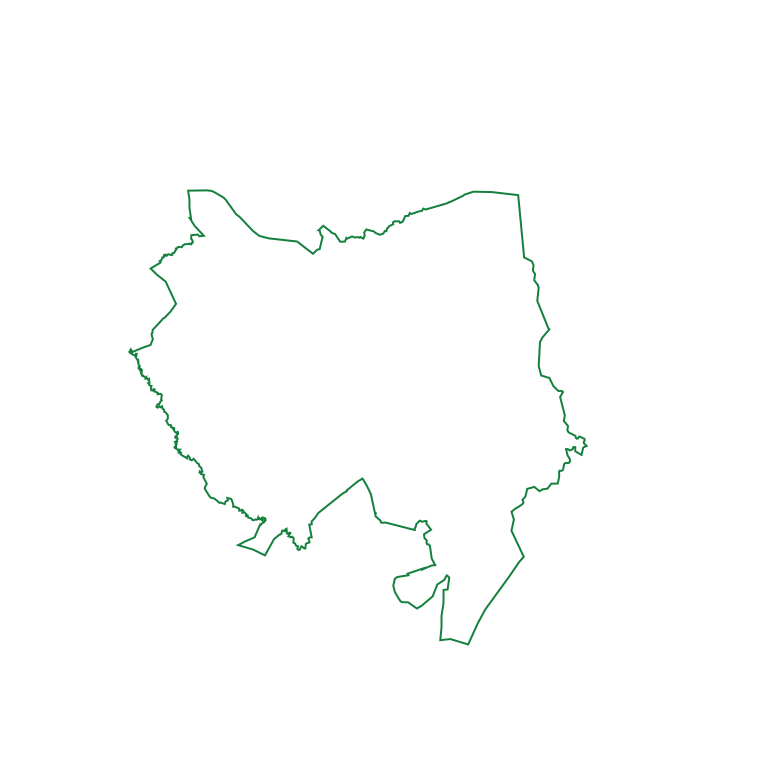 Pilskalnes pag., Ilukstes, Latvia (Mercator projection), rotated 59°
{"feature_id": "27541924B27869774181069", "entity_name": "Pilskalnes pag.", "entity_type": "district", "adm_level": 2, "iso_a3": "LVA", "parent_name": "Latvia", "parent_adm1": "Ilukstes", "projection": "mercator", "projection_center": [26.24, 56.006], "detail": "fine", "context": "isolated", "style": "outline", "palette": "green", "viewbox_px": 768, "rotation_deg": 59, "n_neighbors": 0, "source": "geoboundaries", "source_scale": "gbopen_adm2", "svg_char_len": 6165}
<svg xmlns="http://www.w3.org/2000/svg" viewBox="0 0 768 768"><g transform="rotate(59 384 384)"><path d="M223.9,583.2L224.8,584.6L225.8,584.8L225.6,585.7L227.1,585.4L230.8,583.2L230.9,581.3L230.4,581.0L230.8,580.5L232.5,582.0L232.8,583.0L235.9,583.0L236.5,582.3L237.5,583.2L239.0,582.5L238.4,583.2L239.6,584.1L243.0,584.2L243.3,584.6L242.9,585.3L244.2,586.3L245.3,585.2L246.1,585.9L246.5,585.1L246.1,584.6L246.8,584.3L247.6,584.5L247.4,585.8L248.5,585.4L249.2,585.7L248.7,586.2L248.9,586.5L252.4,587.1L252.9,586.7L252.8,586.1L255.6,585.4L255.6,584.5L256.7,585.6L257.4,583.8L259.1,583.9L258.9,582.9L262.3,584.5L261.9,585.7L264.8,585.5L265.9,584.3L268.0,586.3L269.7,586.7L270.4,585.7L269.7,584.2L270.5,583.4L272.1,584.6L275.0,582.4L276.2,583.3L277.3,580.7L279.1,580.1L282.5,583.0L283.5,582.9L284.1,585.0L285.5,587.0L285.1,587.1L285.0,589.1L286.3,590.8L287.6,590.3L287.8,589.7L287.4,587.9L288.9,587.4L288.9,585.7L291.1,586.5L292.5,585.8L294.4,586.6L296.3,585.7L299.5,585.4L302.4,587.2L303.3,589.6L307.4,589.8L308.3,589.6L309.5,587.9L311.2,588.8L313.4,586.7L314.3,586.8L314.1,587.9L317.5,587.8L319.0,587.1L318.6,585.7L319.1,585.4L320.8,586.3L321.8,590.3L322.9,590.4L323.2,588.9L324.9,589.2L325.9,591.2L326.7,591.0L326.7,592.3L326.2,593.0L327.6,593.3L327.8,592.3L328.8,592.7L329.1,593.7L330.9,594.7L330.0,595.6L330.6,596.3L333.8,594.9L335.1,592.8L335.7,594.6L336.9,594.0L337.2,595.1L338.4,593.4L339.3,594.5L340.7,594.1L346.1,591.1L345.1,590.5L344.6,588.8L347.2,588.4L348.4,589.4L350.4,588.1L350.1,585.7L355.4,584.9L357.5,583.9L359.2,584.7L361.3,583.8L365.6,584.8L365.8,586.5L364.1,586.9L364.7,587.7L366.9,587.3L369.2,585.0L370.7,586.8L378.3,587.3L380.3,590.7L381.6,591.6L390.7,591.4L392.3,591.0L395.0,588.3L401.2,586.2L401.6,584.9L404.9,582.4L403.2,580.5L403.3,577.7L401.0,577.0L403.9,574.1L409.3,575.1L411.5,576.5L412.3,575.0L416.1,572.4L418.1,573.3L418.7,572.0L418.4,570.8L419.8,569.8L420.4,570.0L420.3,570.8L421.4,571.8L421.7,571.1L421.3,570.1L424.7,569.0L425.9,570.4L426.4,570.1L426.1,569.0L426.4,568.6L428.4,569.2L431.4,566.7L432.6,566.9L433.7,565.8L433.9,563.9L434.8,563.0L434.7,562.0L433.8,560.9L435.0,561.3L435.6,560.6L434.8,560.0L438.2,558.5L435.8,557.6L435.9,556.7L437.8,555.2L438.5,556.4L439.1,555.4L439.7,555.5L440.8,558.4L440.3,558.9L441.2,562.4L440.7,562.6L448.8,573.9L447.4,584.2L447.0,592.0L458.6,581.4L469.6,574.3L460.3,558.1L459.3,551.5L459.6,550.4L459.4,549.0L457.2,546.8L459.5,544.2L457.9,543.7L457.9,542.1L462.2,544.2L462.8,543.6L462.7,541.7L463.6,541.0L465.3,544.4L467.4,542.7L467.6,541.3L469.9,540.9L473.3,543.4L475.0,542.3L477.1,542.7L478.9,541.3L480.5,543.1L481.4,543.2L482.2,542.8L482.5,541.4L480.7,538.7L480.7,538.1L483.9,537.0L484.4,536.1L480.9,533.4L480.7,532.6L481.4,529.8L481.0,529.1L477.5,528.5L477.3,526.7L478.2,525.0L466.1,520.5L467.0,518.2L464.6,516.9L463.4,512.8L460.7,506.5L456.6,476.1L456.7,471.1L456.0,470.7L454.0,456.4L454.0,451.1L462.4,451.1L471.7,452.0L490.1,458.3L490.4,457.7L492.9,459.4L499.4,457.4L501.2,457.9L502.7,456.0L503.4,454.2L525.0,432.8L523.7,432.1L522.6,430.2L520.8,428.5L519.6,424.2L519.6,423.6L521.7,422.3L522.9,418.5L523.6,418.2L525.6,419.6L533.1,418.7L533.4,427.1L536.7,428.6L540.4,428.0L541.7,429.2L543.5,429.6L544.6,428.3L546.4,428.0L558.2,433.0L565.6,433.4L564.1,436.7L562.9,445.8L562.4,444.8L558.7,461.5L560.5,461.6L556.3,472.0L556.5,474.9L561.6,479.9L567.8,481.8L574.3,481.9L579.1,481.7L580.8,480.3L583.5,475.8L593.4,471.4L593.4,465.7L591.1,451.6L583.3,441.6L583.0,433.4L580.4,428.8L581.1,428.4L583.5,427.7L592.9,435.3L591.2,439.0L602.5,445.9L612.2,454.0L622.0,459.9L632.6,467.7L636.7,458.6L650.6,446.0L637.4,426.8L629.6,413.7L613.5,375.8L606.2,359.9L604.1,353.2L575.4,350.3L567.0,342.4L559.2,340.5L558.5,336.2L558.5,329.2L558.0,326.3L557.4,325.5L554.5,324.9L553.4,320.9L547.7,315.2L549.6,308.2L556.0,305.9L556.0,302.2L557.9,297.7L555.6,292.0L558.8,286.3L553.7,281.6L549.1,278.9L548.8,278.0L549.9,276.6L549.8,274.8L545.3,270.6L545.2,269.3L546.8,266.3L546.2,264.3L543.9,263.4L539.6,263.4L533.6,261.5L534.4,260.0L536.6,259.0L537.0,257.6L537.0,255.7L535.6,254.2L536.6,252.6L540.2,254.7L546.5,251.2L541.3,246.2L541.1,245.4L541.5,242.2L538.0,243.2L536.5,242.6L535.8,241.1L534.3,240.4L529.9,243.3L529.6,244.0L530.6,245.7L530.2,246.9L529.0,247.3L527.1,246.6L520.5,250.7L518.0,250.6L514.8,247.9L508.3,248.9L504.1,245.2L485.8,239.7L483.1,234.7L482.5,234.7L481.1,235.8L479.8,238.1L473.2,239.9L464.1,239.1L457.6,244.9L448.4,242.2L428.5,228.8L425.8,224.5L422.3,214.1L420.6,214.4L391.7,209.8L381.1,201.8L378.2,201.2L372.5,201.8L367.5,197.9L363.5,198.0L359.2,194.6L355.0,194.1L347.7,198.7L291.2,171.7L274.9,192.9L265.2,208.3L263.1,217.7L263.4,219.0L262.0,234.1L261.5,235.1L261.7,236.4L255.9,258.4L253.9,259.9L255.1,262.4L254.0,265.3L252.4,272.9L250.7,273.8L252.5,276.3L251.0,279.3L254.4,284.2L254.4,285.7L254.2,287.2L252.4,287.2L249.9,291.4L250.0,292.5L250.2,293.2L251.8,293.8L251.4,298.5L252.1,299.6L252.2,301.1L254.2,303.3L253.3,304.5L254.7,307.2L254.0,310.6L250.5,313.3L247.9,314.2L242.4,319.6L244.0,323.0L246.8,324.1L248.7,326.8L245.7,328.6L246.1,329.6L244.6,330.8L243.3,333.8L241.9,334.5L240.8,336.2L241.0,337.5L240.4,339.5L240.6,340.4L240.3,341.3L239.6,341.3L241.8,344.2L239.4,348.3L230.3,348.7L227.1,351.2L226.3,351.0L217.1,354.6L218.5,360.7L218.9,360.0L223.2,361.3L226.2,360.8L235.2,369.6L234.5,372.2L235.8,377.8L217.1,385.1L199.8,407.8L192.8,414.6L185.6,417.4L166.4,421.7L162.4,423.3L144.4,424.8L141.1,425.7L132.8,430.3L129.8,432.2L126.8,436.1L117.4,452.3L125.7,455.8L132.8,460.0L142.8,464.2L141.9,465.1L150.9,464.9L164.1,462.1L162.2,466.3L160.1,466.6L157.2,472.4L160.1,474.5L162.4,474.2L164.1,474.9L164.0,475.8L164.6,476.3L164.9,477.6L163.4,478.4L163.5,479.3L161.6,482.7L161.7,485.4L162.5,486.4L162.5,487.1L160.8,489.2L160.5,490.7L161.2,491.6L160.7,492.6L162.0,493.3L162.2,494.3L163.5,496.0L162.9,497.9L164.2,498.9L164.2,499.7L161.6,502.1L162.1,504.2L160.7,504.6L161.2,505.8L160.3,505.8L160.3,506.3L162.0,507.7L161.4,508.9L163.2,511.1L163.1,512.9L164.5,512.7L164.8,513.5L164.8,524.6L173.5,522.3L183.8,518.4L208.2,521.0L211.9,529.4L214.3,538.3L214.1,539.3L218.5,554.4L221.0,556.4L221.5,557.6L226.5,559.0L230.3,564.0L228.7,571.6L227.0,583.1L223.9,583.2Z" fill="none" stroke="#15803d" stroke-width="2"/></g></svg>